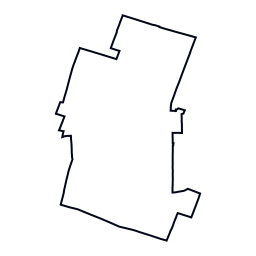 Calarasi, Dolj, Romania (Robinson projection)
{"feature_id": "2599482B69375294543440", "entity_name": "Calarasi", "entity_type": "district", "adm_level": 2, "iso_a3": "ROU", "parent_name": "Romania", "parent_adm1": "Dolj", "projection": "robinson", "projection_center": [24.031, 43.789], "detail": "fine", "context": "isolated", "style": "outline", "palette": "ink", "viewbox_px": 256, "rotation_deg": 0, "n_neighbors": 0, "source": "geoboundaries", "source_scale": "gbopen_adm2", "svg_char_len": 3233}
<svg xmlns="http://www.w3.org/2000/svg" viewBox="0 0 256 256"><path d="M60.7,204.7L69.2,207.2L77.8,209.3L86.5,212.9L90.9,214.7L91.1,214.8L91.9,215.1L100.0,218.3L111.0,223.0L118.5,226.3L119.1,226.6L132.5,229.8L134.0,230.2L140.0,232.2L148.9,235.0L161.0,239.0L165.6,240.2L166.6,240.6L169.2,234.3L169.4,233.8L169.6,233.3L169.8,232.9L169.9,232.7L170.0,232.3L170.2,231.8L170.4,231.4L170.5,230.9L170.5,230.7L171.0,230.1L171.1,229.9L171.3,229.5L171.3,229.3L171.5,229.1L171.7,228.6L172.1,227.7L172.3,227.2L172.4,226.9L172.6,226.4L172.7,226.0L172.9,225.5L173.1,225.0L173.3,224.5L173.4,224.1L173.6,223.6L173.7,223.2L174.0,222.4L177.0,214.8L177.7,213.1L178.7,213.4L179.7,213.7L180.6,214.0L181.6,214.3L182.6,214.6L183.6,215.0L184.7,215.3L185.7,215.6L187.9,216.3L188.9,216.6L190.0,217.0L191.3,217.4L195.1,207.5L197.6,200.9L198.4,198.8L199.3,196.0L200.1,193.5L187.8,188.8L185.3,190.2L183.6,190.9L181.1,191.3L178.1,191.8L175.8,192.3L173.4,192.5L172.5,192.5L172.5,187.5L172.6,186.7L172.7,184.3L172.7,181.8L172.8,179.3L172.7,174.0L172.8,171.4L172.6,167.2L172.7,165.4L172.7,161.6L172.7,156.5L172.7,154.5L172.8,151.7L172.8,149.0L172.8,148.6L172.8,148.1L172.8,147.6L172.8,147.2L172.8,146.3L172.8,145.5L173.2,145.5L173.5,143.2L172.7,143.2L172.7,139.3L172.6,135.9L172.6,133.7L172.6,132.9L178.1,132.9L179.3,132.9L182.0,133.0L181.9,126.1L181.9,125.2L181.9,123.9L181.8,123.0L181.7,122.2L181.7,121.3L181.7,118.9L181.6,115.1L181.6,114.1L182.7,113.8L183.4,113.6L183.4,113.4L184.1,111.8L184.8,110.3L183.5,109.9L181.9,109.4L180.2,108.9L178.3,108.4L178.2,108.4L178.0,108.6L177.8,108.7L177.7,108.9L177.3,109.1L176.9,109.4L176.6,109.5L176.3,109.5L175.9,109.5L176.0,110.0L176.1,110.6L176.1,110.8L176.0,111.0L175.9,111.0L175.5,111.1L175.4,111.1L175.2,111.0L175.0,110.9L174.6,110.9L170.7,110.7L170.8,107.1L170.9,105.8L171.2,103.2L174.1,95.4L176.2,89.3L179.3,81.6L181.2,76.4L184.2,68.3L188.2,57.8L188.5,57.0L189.3,55.0L189.9,53.3L190.8,50.6L195.8,37.4L187.7,35.1L177.0,32.2L171.1,30.5L167.9,29.6L162.7,28.1L159.4,27.0L159.5,26.8L159.5,26.6L155.7,25.4L153.9,24.9L153.3,25.0L134.1,18.9L125.8,16.3L122.7,15.4L122.7,15.5L120.5,21.2L118.7,26.1L117.8,28.4L116.9,30.7L116.8,32.1L115.3,36.1L113.8,39.9L111.4,46.4L110.8,48.1L111.2,48.3L116.4,50.0L119.5,50.9L118.8,52.8L117.6,56.0L116.4,59.1L101.1,54.4L88.9,50.7L83.4,49.1L79.8,48.0L78.6,51.7L77.9,53.4L73.4,65.3L72.2,69.0L70.5,75.1L70.0,76.9L68.1,84.1L66.7,89.6L64.2,98.0L63.3,101.3L63.0,102.4L62.9,102.4L62.5,102.4L61.6,102.3L60.2,102.2L57.6,109.2L55.9,113.7L55.9,113.8L57.9,114.3L59.9,115.0L62.9,115.9L64.5,116.4L64.2,117.2L63.4,119.3L63.2,119.7L62.8,120.8L62.6,121.5L61.7,123.6L60.7,126.2L60.1,127.7L59.1,130.1L59.0,130.3L60.1,130.5L61.0,130.7L62.3,131.1L63.4,131.2L63.5,131.2L63.4,131.5L63.3,132.3L62.7,134.8L62.6,135.5L62.6,135.8L62.5,136.2L62.3,137.1L63.0,136.9L63.7,136.6L64.5,136.3L64.8,136.2L65.7,136.1L67.4,135.9L68.9,135.9L70.9,135.8L71.0,137.9L71.1,140.2L71.3,141.9L71.5,144.2L71.7,148.8L71.7,150.2L71.8,153.1L71.9,154.3L72.0,155.9L72.0,156.9L72.5,159.2L72.3,159.8L72.1,160.5L71.5,162.2L70.7,164.5L70.0,166.6L69.5,168.1L69.1,169.3L68.7,170.4L67.6,175.2L67.0,177.6L66.3,180.4L64.8,187.2L64.1,190.1L63.8,192.6L63.7,193.0L63.6,193.3L63.5,193.8L63.3,194.7L60.7,204.7Z" fill="none" stroke="#020617" stroke-width="2"/></svg>